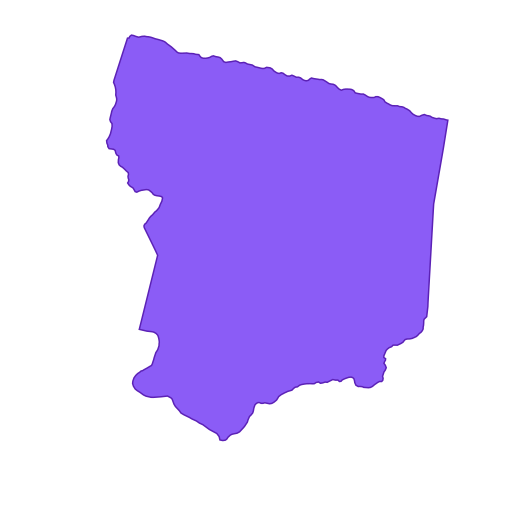 outline of Buritirama, Bahia, Brazil, rotated 284°
{"feature_id": "56859067B31894088249853", "entity_name": "Buritirama", "entity_type": "district", "adm_level": 2, "iso_a3": "BRA", "parent_name": "Brazil", "parent_adm1": "Bahia", "projection": "orthographic", "projection_center": [-43.67, -10.572], "detail": "fine", "context": "isolated", "style": "filled", "palette": "violet", "viewbox_px": 512, "rotation_deg": 284, "n_neighbors": 0, "source": "geoboundaries", "source_scale": "gbopen_adm2", "svg_char_len": 5479}
<svg xmlns="http://www.w3.org/2000/svg" viewBox="0 0 512 512"><g transform="rotate(284 256 256)"><path d="M116.6,172.3L115.0,171.2L113.3,169.6L111.0,168.2L108.2,167.1L104.9,166.8L102.5,167.1L100.0,168.6L97.7,171.0L96.6,173.4L95.6,176.5L94.0,180.4L93.4,183.2L93.5,188.2L94.0,190.5L96.4,197.8L98.7,204.0L97.8,207.7L96.8,209.3L92.5,212.2L90.5,214.2L87.3,219.1L85.5,221.2L84.5,224.5L83.2,230.7L82.5,232.8L81.5,238.1L80.2,241.5L79.5,245.2L76.4,252.7L74.3,260.9L71.9,263.9L68.8,265.5L68.9,268.4L69.9,270.8L71.2,271.9L73.4,272.7L76.0,274.4L77.2,275.8L78.2,277.7L79.5,280.5L81.4,282.6L86.1,285.2L87.9,286.1L92.7,287.8L95.1,287.9L98.7,288.5L100.6,289.7L103.0,290.8L105.1,290.9L108.1,290.7L111.3,291.0L113.0,292.0L114.3,293.4L114.6,295.0L114.3,296.5L114.8,298.5L115.7,300.0L115.8,302.2L115.9,304.9L116.8,307.0L118.5,308.8L121.2,310.8L123.3,311.5L125.1,312.0L127.7,314.1L128.9,315.5L130.2,316.9L131.1,318.1L132.3,319.5L133.5,321.6L134.5,323.3L136.6,324.5L138.2,325.8L139.1,327.9L141.1,329.5L142.3,331.3L143.4,333.7L144.4,336.3L145.3,339.7L145.8,342.2L146.3,343.6L147.8,344.9L148.9,347.2L148.1,349.3L149.0,351.4L150.4,353.6L150.7,355.7L152.1,357.3L154.7,360.4L154.8,363.1L155.4,365.5L154.4,367.3L155.0,368.8L156.7,369.7L158.4,371.8L159.5,373.4L160.8,375.5L161.5,377.6L161.4,379.2L160.7,380.6L158.9,381.7L157.0,382.5L154.8,384.2L154.1,386.7L154.6,388.6L154.9,390.8L154.6,392.3L155.0,394.6L155.4,397.0L156.2,398.9L157.7,400.6L159.0,401.5L160.3,402.5L161.4,403.5L162.8,404.7L164.1,406.2L164.6,408.3L166.1,409.1L168.1,408.9L169.9,407.9L172.6,408.1L174.4,408.2L176.5,409.0L179.1,409.4L181.3,407.9L182.8,406.1L184.6,406.3L186.2,406.8L187.7,406.6L188.4,404.6L190.0,404.2L191.8,404.5L193.9,404.8L195.8,405.1L197.5,406.0L199.3,407.4L200.8,409.5L202.7,410.6L203.2,412.6L203.7,414.8L204.8,416.1L205.9,417.5L207.8,419.4L209.2,420.0L211.0,420.9L212.0,422.6L212.8,425.3L213.8,427.4L215.0,429.0L216.7,431.1L218.7,432.4L220.3,433.2L221.8,434.5L223.7,435.4L225.6,435.8L227.4,435.4L229.4,435.3L231.6,434.9L233.8,434.4L235.3,434.4L236.8,435.3L238.4,436.3L248.4,435.0L252.7,434.1L255.8,433.5L281.7,428.6L283.3,428.3L343.5,416.9L349.5,415.8L402.2,412.0L406.2,411.7L434.2,409.3L434.1,407.7L434.3,404.9L433.9,402.6L433.9,400.2L432.9,397.9L432.9,396.0L433.1,393.1L433.8,391.2L433.8,389.4L433.6,387.8L434.0,385.1L432.7,382.9L431.0,380.9L430.6,378.9L430.8,376.9L431.5,374.2L432.6,372.1L434.1,370.0L435.1,367.0L435.4,365.1L436.0,363.4L436.1,361.5L435.7,359.1L436.0,357.1L435.4,354.7L434.8,351.7L435.1,349.5L435.6,347.9L436.0,346.0L436.8,343.8L438.5,342.2L439.1,340.5L439.7,338.3L440.1,336.0L439.6,333.7L438.4,332.3L437.8,330.1L437.4,327.9L437.6,326.0L438.1,324.5L438.7,322.8L439.1,320.9L438.5,318.8L438.4,316.8L438.3,315.1L438.3,312.8L440.1,310.8L440.7,308.6L440.6,307.0L440.1,304.5L439.6,302.5L438.8,300.5L437.5,298.7L438.0,296.4L439.2,294.2L440.2,292.8L440.9,291.4L441.3,289.4L441.0,287.0L441.0,285.0L441.6,283.5L442.5,280.9L443.2,278.5L443.1,276.9L442.6,275.1L442.5,273.3L442.3,271.4L442.1,269.2L442.1,266.7L440.8,265.4L439.1,264.3L438.1,262.3L438.1,260.4L438.4,258.8L439.6,256.2L439.8,254.1L439.2,251.8L439.8,249.2L440.1,247.1L438.7,245.1L438.2,242.7L438.9,240.3L439.9,238.0L439.9,236.1L438.9,234.7L438.6,233.1L438.9,231.4L439.8,228.8L441.4,226.4L442.0,224.2L441.8,222.2L441.6,220.6L440.1,218.8L439.6,217.3L439.4,215.6L439.4,211.8L439.3,209.3L440.4,206.2L440.3,203.5L440.2,201.2L440.8,199.1L440.9,197.4L440.2,195.8L439.5,193.7L440.1,191.4L440.4,189.1L439.5,186.9L438.5,184.8L437.5,182.1L436.5,179.9L436.7,177.7L438.8,175.1L439.8,173.2L439.9,171.2L439.7,168.8L439.9,166.2L439.0,164.6L437.6,163.2L436.5,161.3L435.7,159.4L435.1,156.8L435.3,154.9L436.2,153.4L437.6,151.8L437.1,148.7L437.2,146.5L436.8,144.3L436.4,142.5L436.2,139.7L435.1,136.0L434.5,133.8L434.3,131.5L434.8,129.9L435.9,128.1L437.0,126.0L438.4,123.3L439.3,121.1L440.2,118.8L441.5,116.4L442.0,114.6L442.2,113.1L442.3,111.0L442.4,109.0L442.4,107.1L442.4,105.5L442.6,103.8L442.8,101.1L442.7,98.7L442.4,96.9L442.3,94.7L441.5,92.2L439.9,89.2L440.0,86.3L440.3,83.8L440.2,81.7L438.5,80.4L436.8,80.1L436.3,78.6L393.8,75.8L392.3,75.7L390.0,75.8L388.3,77.1L386.1,78.5L383.5,79.7L380.9,80.5L378.2,81.0L376.1,82.2L374.6,82.9L372.7,83.2L369.1,83.0L366.9,82.5L364.3,81.4L361.5,81.0L359.9,81.1L357.7,81.1L354.9,81.1L353.0,81.2L351.1,82.4L349.7,84.2L347.1,85.0L344.3,85.2L342.2,85.2L339.4,85.2L336.2,84.7L333.9,84.0L331.8,83.1L329.3,84.1L327.8,85.3L326.2,85.8L324.6,87.5L324.9,89.9L325.1,92.1L324.4,93.8L322.8,94.6L321.5,95.4L320.2,96.8L319.9,98.5L318.4,99.1L316.1,99.2L313.2,99.8L311.3,101.2L310.3,103.1L309.8,105.0L308.5,107.4L307.2,109.5L306.0,111.9L304.0,112.6L302.5,112.5L300.8,113.1L299.2,114.1L297.5,114.3L295.8,113.8L294.3,115.4L293.2,117.2L292.8,118.7L292.2,120.3L290.9,121.6L289.2,123.2L289.1,124.9L290.7,126.8L291.9,128.7L293.0,131.3L293.9,133.4L294.2,135.7L293.3,137.9L292.2,140.0L291.0,141.4L290.5,143.0L290.5,145.0L290.8,147.8L290.8,150.1L289.7,151.3L286.4,151.4L283.1,150.7L279.6,150.3L277.8,149.5L275.8,148.5L274.3,147.3L272.9,146.6L271.0,145.7L269.2,144.4L267.2,143.4L265.0,142.7L263.0,142.0L261.3,141.4L259.9,140.3L258.1,140.0L256.5,140.7L242.4,152.6L237.0,157.1L232.9,160.4L165.8,160.5L156.6,160.5L156.7,168.2L157.4,173.6L157.4,175.3L156.7,177.8L155.4,179.8L154.1,180.7L152.5,181.6L150.7,182.4L149.1,183.0L147.5,183.2L145.5,183.6L143.8,183.5L141.3,183.3L138.0,182.2L132.7,181.8L130.6,181.8L128.2,181.6L126.3,181.5L124.5,181.1L123.2,179.7L120.9,177.4L118.5,174.8L117.3,173.7L116.6,172.3Z" fill="#8b5cf6" stroke="#5b21b6" stroke-width="1.5"/></g></svg>